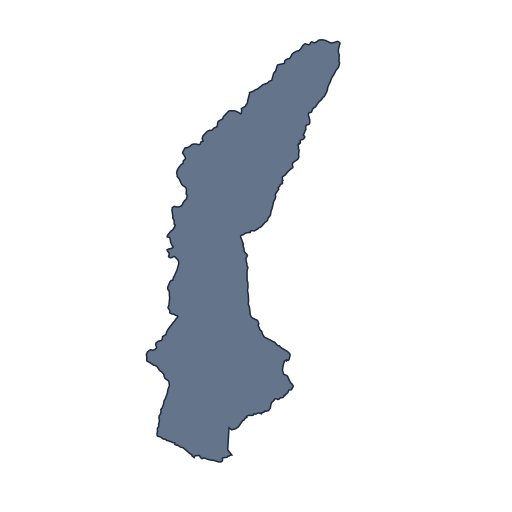 the district of Uzumba Maramba Pfungwe, Mashonaland East, Zimbabwe, rotated 336°
{"feature_id": "62879985B20819792882543", "entity_name": "Uzumba Maramba Pfungwe", "entity_type": "district", "adm_level": 2, "iso_a3": "ZWE", "parent_name": "Zimbabwe", "parent_adm1": "Mashonaland East", "projection": "natural_earth1", "projection_center": [32.048, -17.097], "detail": "fine", "context": "isolated", "style": "filled", "palette": "slate", "viewbox_px": 512, "rotation_deg": 336, "n_neighbors": 0, "source": "geoboundaries", "source_scale": "gbopen_adm2", "svg_char_len": 6122}
<svg xmlns="http://www.w3.org/2000/svg" viewBox="0 0 512 512"><g transform="rotate(336 256 256)"><path d="M218.9,145.6L217.3,147.7L216.9,150.2L216.3,151.3L217.2,154.2L217.2,159.8L217.6,161.7L219.2,163.7L219.7,165.3L219.6,166.8L217.4,170.9L217.8,172.6L216.5,174.6L215.7,175.3L214.8,176.0L213.3,176.3L210.5,178.1L208.9,179.6L206.2,180.0L204.1,179.2L201.5,177.4L199.1,177.8L198.6,179.0L198.0,179.5L196.1,186.1L195.4,187.2L195.6,190.4L194.2,193.6L194.8,194.6L194.8,195.0L193.7,195.9L193.3,196.7L192.2,197.0L190.9,198.1L188.2,198.7L184.5,200.6L182.7,202.0L182.7,202.5L184.2,203.6L184.6,204.2L184.4,206.0L183.6,208.7L183.6,212.8L184.0,213.7L183.8,214.3L181.9,214.8L179.1,214.0L177.2,214.2L177.1,215.3L177.6,216.8L177.7,218.5L177.5,219.1L176.0,220.7L176.1,221.9L177.1,222.8L178.3,223.2L180.6,222.9L181.5,223.6L183.1,227.9L182.8,230.5L182.3,231.6L178.0,236.8L175.2,239.2L174.1,240.5L172.1,241.8L170.0,244.3L168.4,243.8L166.9,244.6L162.9,248.3L162.1,249.6L161.9,251.2L162.5,252.8L162.0,253.5L161.9,254.5L160.8,256.8L160.3,258.7L156.6,265.3L154.5,267.4L155.1,271.0L154.2,272.5L154.2,273.1L155.2,274.4L157.3,275.9L158.4,277.5L159.8,278.7L159.9,279.5L158.6,280.5L157.1,281.0L155.0,282.5L153.9,282.8L146.4,286.9L143.7,288.8L141.6,291.2L137.8,291.6L136.6,293.8L135.8,294.4L134.6,294.7L131.9,294.0L129.2,294.9L128.2,296.2L128.1,298.8L127.8,299.4L126.6,300.0L123.7,300.4L121.9,298.9L120.1,298.8L117.5,299.7L115.6,301.7L115.1,304.0L113.8,306.6L113.7,307.8L115.8,310.4L117.9,313.9L119.2,314.8L120.6,316.7L121.4,321.5L122.7,323.5L123.5,326.2L123.5,327.3L123.1,328.5L123.1,330.9L124.9,333.9L125.3,335.2L125.3,335.9L124.7,337.1L124.3,339.1L121.2,342.2L119.1,345.4L114.5,350.0L113.1,350.9L111.2,353.8L108.4,356.7L106.7,357.4L105.7,359.9L104.1,361.8L102.6,362.5L101.4,364.5L101.2,366.1L99.9,368.6L98.7,369.8L98.0,371.6L97.1,372.7L96.1,373.1L95.5,373.8L94.7,376.1L93.4,377.8L92.7,379.7L92.7,380.5L95.2,382.5L96.8,385.4L98.8,386.7L99.5,388.4L100.9,389.2L101.9,390.5L102.6,390.7L104.3,392.8L105.8,393.7L105.2,394.9L105.5,395.6L106.7,396.7L107.4,396.8L109.1,399.6L111.4,401.5L115.3,409.8L116.5,411.1L116.3,412.7L117.5,415.0L119.1,413.6L121.5,414.7L122.7,414.8L123.1,415.4L123.4,417.6L124.3,419.3L126.1,419.3L127.3,420.0L128.2,421.2L130.7,423.4L134.0,425.3L138.3,429.1L140.2,429.9L142.0,429.5L142.6,428.5L142.9,427.2L143.4,426.9L147.7,428.1L148.5,427.5L150.0,427.8L151.6,427.5L153.0,428.0L151.3,421.6L161.5,401.9L163.0,404.9L167.5,405.5L170.3,405.0L177.1,400.9L178.0,401.1L180.2,399.8L182.0,399.7L182.0,399.3L181.7,399.0L182.2,398.6L184.7,398.6L186.4,399.6L188.6,400.3L189.8,399.4L191.5,400.4L194.0,400.2L195.0,400.6L195.8,401.0L195.8,401.7L196.9,401.8L197.0,402.3L197.7,401.6L199.9,401.8L201.0,401.2L202.1,401.9L204.5,402.4L207.1,400.8L209.9,396.9L210.7,396.5L210.9,396.1L213.7,395.3L214.5,394.4L215.4,394.3L216.9,395.0L217.4,395.8L218.0,396.1L218.7,396.2L220.4,395.5L222.7,396.2L224.1,395.9L225.1,394.8L225.7,395.2L226.8,394.4L228.2,394.3L230.1,393.3L231.4,391.9L232.4,391.9L233.3,392.5L234.0,392.5L237.2,390.1L236.8,387.3L236.2,386.2L235.9,384.6L235.9,378.6L235.1,377.2L233.6,376.0L233.2,374.7L233.7,371.1L236.4,366.9L239.4,363.4L240.2,363.4L241.1,364.3L241.7,363.3L242.9,364.5L243.9,364.1L246.1,361.6L247.0,359.9L247.0,358.7L245.9,356.0L241.7,350.1L240.7,347.4L239.8,347.1L239.1,345.9L237.9,342.1L236.8,341.3L234.8,338.4L230.6,333.5L230.2,330.0L230.6,327.0L229.5,324.8L229.9,323.0L229.7,321.2L229.9,319.9L231.0,319.2L231.2,316.0L230.9,315.0L228.1,312.0L227.0,310.0L226.7,307.7L229.1,300.5L229.4,296.7L230.9,294.1L233.1,288.6L234.2,284.0L235.9,281.5L237.8,276.8L238.0,274.6L241.4,266.8L242.4,265.0L243.9,263.4L243.9,260.9L244.6,259.3L244.9,256.8L246.0,253.8L246.7,253.6L248.4,252.0L248.2,250.5L247.3,248.2L247.2,246.6L248.0,244.3L248.6,240.5L248.8,240.0L249.3,240.0L249.7,232.3L250.0,231.6L251.2,231.0L252.7,231.4L256.1,230.8L260.3,232.1L260.7,231.1L261.2,231.0L263.5,231.6L264.6,232.4L268.6,232.0L270.0,231.4L271.9,231.5L274.3,230.8L275.0,230.2L276.6,229.6L277.5,229.0L279.8,228.6L281.4,227.7L282.4,226.3L285.6,224.8L288.2,220.9L289.9,219.3L294.4,213.3L296.6,211.7L298.1,209.9L298.7,207.5L304.0,204.2L304.0,202.6L304.4,202.4L305.8,202.0L307.3,200.6L309.5,200.6L310.0,200.1L310.1,198.6L311.4,197.9L311.1,197.2L312.1,194.8L312.8,194.3L315.6,193.9L318.9,192.2L323.0,190.7L325.4,190.3L326.0,189.7L326.3,187.7L327.1,186.1L329.1,185.4L333.4,184.7L334.6,183.7L335.5,182.9L336.1,180.7L338.4,177.0L338.6,174.9L339.3,173.3L339.7,171.3L340.2,171.0L340.8,171.4L341.3,170.7L342.4,170.9L342.8,170.3L343.2,168.4L344.1,168.2L346.5,168.6L348.6,167.6L349.1,166.6L348.4,164.8L350.5,163.0L351.3,161.9L353.0,160.8L353.9,158.3L354.7,157.3L355.6,157.0L357.6,157.3L358.6,156.9L359.7,155.5L360.5,153.6L361.3,148.1L362.5,146.8L363.0,146.6L364.1,147.1L365.2,147.1L367.4,144.9L368.9,144.2L371.0,144.0L375.7,141.0L379.1,139.9L381.8,138.3L383.2,138.1L387.5,134.7L389.3,132.6L389.6,131.7L392.2,129.1L394.4,127.4L397.4,124.2L401.0,121.9L404.6,118.9L407.9,117.3L408.9,116.3L410.8,113.8L411.3,111.2L412.3,109.5L412.6,108.3L413.7,106.7L414.1,103.6L415.3,100.8L419.1,96.0L419.3,95.2L418.3,93.5L417.5,93.0L413.2,92.6L410.9,91.7L406.9,87.1L404.5,85.4L401.2,84.3L399.0,84.9L396.1,85.1L394.1,83.0L392.8,83.2L391.3,84.5L390.1,84.5L387.3,82.2L386.7,82.1L384.4,82.7L381.3,84.8L379.1,85.8L378.3,85.9L376.7,85.4L373.6,85.6L371.4,86.1L368.1,88.6L366.8,89.2L365.1,88.8L362.7,88.9L361.7,89.5L360.2,91.6L353.6,90.2L352.4,91.1L348.9,95.4L347.9,95.4L346.5,96.2L341.8,101.9L339.0,101.8L336.7,102.8L332.2,102.3L325.5,104.0L323.1,103.9L321.0,104.3L316.5,104.1L316.3,104.8L311.5,110.8L310.5,112.6L309.7,113.3L308.7,113.5L307.6,114.8L302.6,115.4L301.8,117.8L300.3,119.9L299.5,119.7L298.6,117.9L295.9,114.9L291.1,112.6L290.1,112.5L282.8,115.5L281.5,117.1L276.2,117.6L274.9,119.0L274.3,120.4L272.7,122.1L269.7,122.0L266.9,123.1L266.1,123.1L264.5,122.2L262.2,122.3L256.7,124.5L254.6,126.8L254.3,129.6L252.4,129.3L250.3,131.2L249.3,131.2L247.2,129.6L244.5,128.3L242.6,128.1L239.8,129.0L237.0,129.0L235.1,128.4L231.8,130.9L230.8,132.0L231.5,136.3L231.3,138.0L231.0,138.6L228.3,139.5L227.2,141.6L224.2,142.3L220.3,144.4L219.3,145.5L218.9,145.6Z" fill="#64748b" stroke="#1e293b" stroke-width="1.5"/></g></svg>